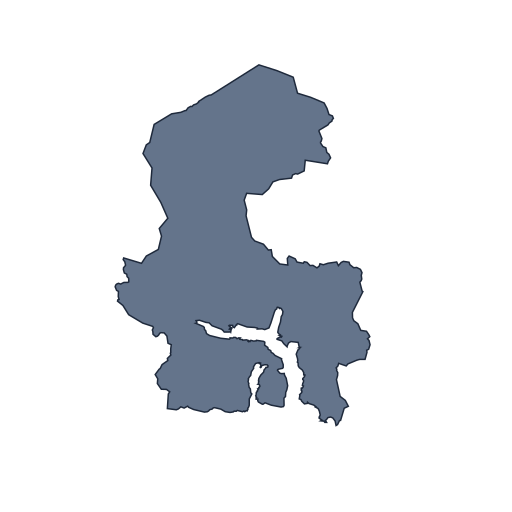 Rauma nor, Møre og Romsdal, Norway, rotated 207°
{"feature_id": "86288312B59453092590792", "entity_name": "Rauma nor", "entity_type": "district", "adm_level": 2, "iso_a3": "NOR", "parent_name": "Norway", "parent_adm1": "Møre og Romsdal", "projection": "orthographic", "projection_center": [7.589, 62.442], "detail": "fine", "context": "isolated", "style": "filled", "palette": "slate", "viewbox_px": 512, "rotation_deg": 207, "n_neighbors": 0, "source": "geoboundaries", "source_scale": "gbopen_adm2", "svg_char_len": 6141}
<svg xmlns="http://www.w3.org/2000/svg" viewBox="0 0 512 512"><g transform="rotate(207 256 256)"><path d="M264.8,423.3L279.4,422.2L292.9,419.9L304.0,432.2L321.2,430.7L340.2,427.6L369.0,379.2L370.8,377.9L373.3,374.6L377.3,367.6L376.9,367.1L378.1,364.5L380.2,362.3L380.9,360.1L382.1,359.7L383.8,357.2L384.3,353.9L385.3,353.3L388.2,349.9L395.7,344.4L406.5,327.0L402.2,308.9L404.2,305.2L403.2,296.0L388.6,287.2L382.0,271.2L365.2,260.6L351.7,249.6L354.7,236.6L349.2,230.8L346.0,217.5L353.7,206.2L354.7,197.5L373.0,194.2L372.7,192.5L370.3,191.3L368.2,188.8L368.0,188.3L368.7,185.4L368.0,183.7L365.6,181.1L362.9,181.1L361.5,179.1L359.4,178.4L357.6,175.2L358.1,174.4L361.8,172.4L363.8,169.6L366.2,169.2L367.5,167.6L367.8,166.3L367.5,164.6L364.6,162.1L362.5,162.0L360.3,157.3L358.3,155.1L359.2,154.3L358.9,152.9L352.1,151.5L342.8,145.9L326.4,144.8L316.1,146.4L314.8,145.5L314.8,143.0L313.7,142.0L312.2,139.5L308.6,138.6L307.5,139.7L306.9,141.2L306.7,143.4L306.0,144.5L302.9,145.8L299.0,144.2L294.8,138.3L291.2,138.5L289.8,134.5L288.1,131.3L288.2,130.5L286.9,129.1L288.5,124.5L287.1,122.8L290.4,116.6L290.3,112.2L290.9,111.2L292.0,104.6L287.8,102.0L286.0,97.6L279.9,94.3L275.2,96.5L271.2,95.8L271.5,93.3L265.7,79.8L257.2,82.8L255.7,84.5L254.5,87.5L251.0,87.9L248.7,91.2L247.3,90.6L241.9,90.9L231.1,93.5L228.7,95.1L227.8,96.5L227.5,98.0L225.6,99.7L225.1,101.3L224.0,102.1L217.8,103.6L212.8,103.3L208.1,104.8L205.4,106.8L205.1,107.8L203.1,108.7L202.6,109.9L197.3,111.1L196.4,112.4L195.3,112.2L194.4,113.9L193.6,113.9L193.6,115.8L194.2,116.5L194.0,118.3L194.3,120.0L197.1,125.6L197.1,131.2L198.6,131.8L200.7,135.0L202.5,135.9L204.5,138.5L204.4,139.0L206.1,140.6L206.5,142.4L207.1,142.9L207.0,145.4L206.5,147.1L207.6,150.7L207.1,154.9L207.9,156.0L207.6,160.0L204.8,162.5L203.5,162.6L203.9,161.7L202.9,161.8L201.8,160.5L201.8,158.8L201.2,158.7L200.9,159.4L201.1,160.5L200.7,161.4L198.7,163.2L196.6,164.1L195.4,163.6L195.1,162.3L196.6,161.2L196.5,160.3L197.1,158.3L196.5,155.9L197.7,152.1L197.9,148.3L197.1,145.8L196.6,145.7L196.0,143.2L195.5,143.0L195.7,142.7L194.7,143.0L193.4,141.8L193.5,140.1L193.8,140.1L193.8,138.8L193.5,138.8L193.5,138.1L193.8,138.1L193.5,137.8L193.7,136.3L193.3,136.0L193.8,134.7L192.7,131.9L192.8,131.3L191.2,130.2L191.6,129.9L190.9,128.5L189.4,129.3L188.8,127.9L187.6,127.0L183.2,126.8L182.4,127.2L181.3,129.3L174.7,130.0L165.1,132.8L163.2,134.3L163.2,135.7L166.4,141.7L166.5,142.5L165.9,144.1L167.6,148.0L167.8,150.8L168.9,154.8L173.6,160.8L176.6,162.9L177.5,164.2L179.8,162.8L181.6,162.4L185.0,163.9L185.1,164.6L184.4,165.5L181.3,168.0L181.2,169.1L182.4,171.5L186.3,175.3L186.5,176.1L193.9,176.0L196.6,177.0L198.6,177.0L200.0,178.4L202.8,178.4L204.0,179.9L207.8,180.4L209.0,183.2L210.4,183.4L217.3,181.1L217.2,180.6L219.5,179.1L222.3,178.5L222.5,177.1L223.6,177.3L223.6,176.3L224.4,176.3L224.8,177.2L226.4,177.0L229.6,175.0L230.1,175.4L232.6,174.4L233.2,174.8L232.9,175.8L234.3,175.2L235.4,173.7L237.1,174.2L238.9,173.4L239.4,172.4L241.7,171.4L241.4,171.2L242.0,169.8L250.1,166.7L261.3,164.1L264.9,164.4L267.0,166.7L268.5,167.1L269.7,168.9L271.0,169.3L279.1,168.7L278.4,169.3L278.6,170.2L280.1,171.2L277.2,173.1L270.5,174.1L267.4,175.2L263.5,173.9L253.3,175.1L251.4,174.5L252.2,175.0L249.8,173.8L244.4,176.6L244.6,176.9L244.5,177.3L244.1,177.0L244.7,179.0L246.6,178.7L246.4,179.8L244.7,180.0L244.7,180.8L248.5,181.5L248.3,182.2L245.3,183.6L244.4,182.4L242.8,182.3L242.3,185.5L242.0,185.6L241.8,185.9L242.2,186.2L241.6,187.4L231.7,188.7L224.8,191.7L222.2,192.4L221.8,192.3L221.7,191.5L217.5,193.9L214.8,194.4L211.8,197.8L212.3,202.9L214.2,214.5L214.3,216.9L213.5,218.3L213.9,219.8L213.3,220.3L211.2,220.4L211.6,220.1L211.1,220.0L211.2,220.6L209.6,220.7L206.8,218.8L205.8,215.8L206.0,213.5L204.2,208.2L203.4,202.7L202.0,198.0L200.5,197.0L198.4,196.8L198.3,196.3L198.8,195.8L196.5,196.2L196.5,195.3L197.5,194.9L199.4,192.5L199.7,191.8L199.4,191.3L194.5,192.1L191.5,190.5L187.1,189.2L187.4,190.1L187.5,193.3L186.1,195.6L179.2,198.2L176.2,194.5L175.7,194.6L176.1,194.2L175.6,194.4L175.9,194.0L175.2,194.3L175.8,193.7L175.6,193.2L175.7,193.7L175.2,193.8L175.6,191.8L176.0,191.4L175.6,186.8L172.4,183.4L171.2,181.6L171.0,180.2L170.0,179.9L168.5,177.3L166.8,176.2L162.9,175.4L160.6,173.8L159.6,171.9L158.7,172.2L158.7,171.6L158.2,171.6L158.1,170.1L158.7,168.1L158.3,167.2L157.2,166.9L156.5,165.3L156.5,163.8L155.9,161.7L154.7,161.7L154.6,160.4L155.0,158.5L155.3,159.2L155.7,158.8L154.6,156.7L153.8,156.6L153.3,155.1L154.2,152.2L153.6,151.6L152.6,148.3L150.8,148.5L149.4,147.4L145.7,146.2L143.3,148.0L143.7,149.1L141.7,148.6L136.9,149.4L134.2,148.9L134.5,148.4L131.4,148.3L129.2,146.6L126.6,143.5L126.6,141.2L126.2,141.2L126.1,140.2L122.7,139.7L123.5,138.5L120.4,139.7L119.2,139.0L117.6,139.8L119.5,141.0L118.9,142.4L118.6,144.6L116.4,146.4L114.1,146.6L110.6,144.9L107.7,141.3L106.8,142.8L106.9,147.4L106.0,147.9L108.3,160.4L105.5,164.0L110.9,167.9L117.3,169.1L128.2,182.4L129.0,186.5L130.2,189.2L132.2,190.6L132.6,191.8L133.8,192.7L133.1,195.1L133.6,197.9L125.7,199.0L125.1,201.6L118.9,208.9L116.9,210.8L111.9,213.4L113.4,220.6L114.6,222.3L113.3,224.0L114.1,228.7L117.0,232.1L119.1,232.8L118.0,235.8L119.8,237.1L123.4,239.1L128.9,237.3L134.5,241.9L139.4,242.7L141.9,244.7L144.5,249.5L144.6,272.8L145.5,272.9L151.6,279.8L151.1,281.8L151.3,283.5L153.4,286.5L154.0,289.3L156.9,291.5L161.1,291.5L163.6,289.9L168.4,290.9L170.3,292.7L175.7,290.9L177.2,288.9L178.2,284.8L181.4,287.3L188.5,282.3L192.0,278.8L195.5,278.1L195.1,275.7L196.3,273.1L201.0,273.5L203.5,272.0L207.7,273.5L210.4,272.8L210.6,271.0L216.7,269.2L219.8,271.3L226.5,271.0L227.0,268.0L223.6,262.4L231.2,259.7L241.2,263.0L245.3,268.5L247.7,266.9L254.7,269.9L263.9,268.8L268.5,270.6L283.1,287.3L285.2,292.8L291.9,300.4L292.8,307.6L278.3,313.6L275.2,321.6L274.6,329.7L269.8,334.8L259.7,341.5L260.2,344.8L258.1,347.4L256.1,347.9L251.7,353.7L255.6,363.7L234.2,370.6L234.6,373.3L234.1,377.3L237.2,379.8L239.9,380.4L242.9,384.1L246.1,383.9L249.8,386.0L250.2,386.8L250.0,388.0L250.6,390.6L256.7,395.9L256.7,397.0L251.4,405.5L251.1,407.9L249.6,410.6L250.0,412.1L249.5,413.7L251.5,415.5L255.2,415.2L259.7,419.7L264.8,423.3Z" fill="#64748b" stroke="#1e293b" stroke-width="1.5"/></g></svg>